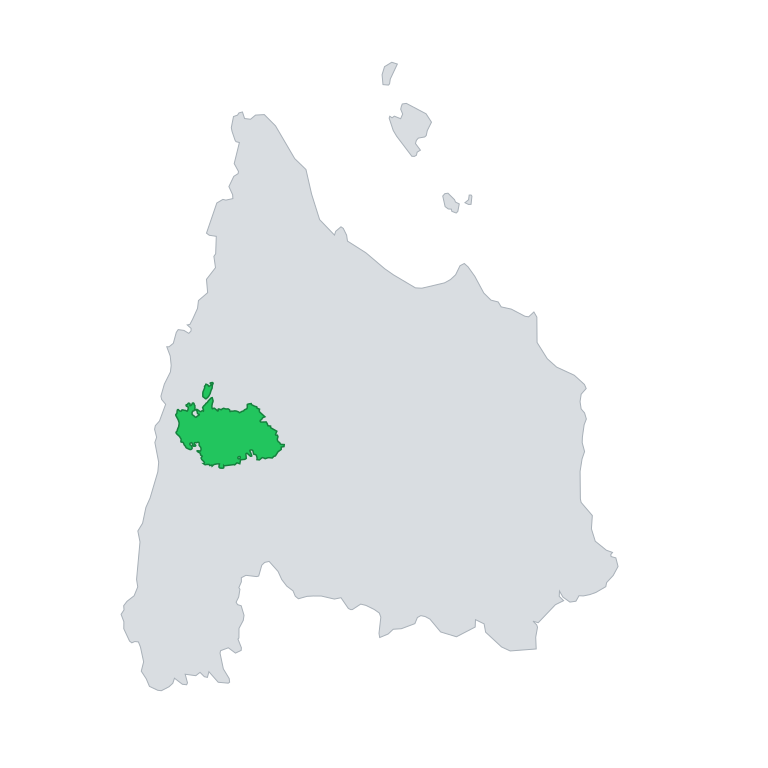 Spain, with Burgos highlighted, rotated 274°
{"feature_id": "ESP-5810", "entity_name": "Burgos", "entity_type": "Autonomous Community", "adm_level": 1, "iso_a3": "ESP", "parent_name": "Spain", "parent_adm1": "", "projection": "orthographic", "projection_center": [-3.389, 42.329], "detail": "fine", "context": "in_parent", "style": "filled", "palette": "green", "viewbox_px": 768, "rotation_deg": 274, "n_neighbors": 0, "source": "natural_earth", "source_scale": "10m", "svg_char_len": 9804}
<svg xmlns="http://www.w3.org/2000/svg" viewBox="0 0 768 768"><g transform="rotate(274 384 384)"><path d="M406.0,164.7L406.1,166.9L409.9,171.0L421.0,173.2L423.9,174.9L423.5,180.7L420.9,185.7L423.4,187.8L426.0,187.7L429.2,183.6L429.9,186.2L435.1,188.5L446.4,192.7L454.3,193.1L462.8,201.7L476.0,199.6L488.3,207.8L499.5,205.4L502.1,207.0L519.6,206.4L520.2,199.3L522.1,196.4L552.9,204.6L556.9,210.4L556.4,213.4L558.4,220.3L562.3,219.8L570.1,215.5L580.7,219.7L583.7,223.8L585.9,224.0L593.4,219.2L614.8,222.9L615.4,219.5L616.8,218.4L625.4,214.8L629.0,213.8L640.3,215.2L642.0,219.1L644.3,220.4L645.5,223.8L639.1,226.4L638.8,232.4L643.3,237.1L644.4,245.8L633.9,257.8L602.6,279.2L592.5,291.2L568.4,298.5L543.5,308.3L529.1,324.2L533.0,325.2L537.8,330.1L536.4,332.5L529.9,336.3L524.0,337.6L513.6,356.8L499.0,376.7L493.6,385.7L482.1,408.6L482.2,415.1L489.1,437.3L492.8,443.0L497.9,447.8L507.3,451.6L509.8,455.7L506.7,459.7L497.7,467.1L481.7,477.2L475.1,484.9L473.8,492.2L469.1,495.5L467.6,505.7L461.4,519.9L461.1,523.6L466.3,528.5L461.4,531.8L436.1,533.8L420.6,545.1L412.9,555.0L406.0,573.2L397.5,584.0L393.6,586.0L387.6,581.4L380.1,580.8L372.9,582.4L369.1,586.1L363.2,588.3L357.4,586.5L344.9,585.6L339.3,585.8L330.6,588.8L323.1,586.8L310.5,585.7L283.1,587.9L279.6,588.9L267.3,601.0L254.0,601.0L241.9,605.7L233.7,617.4L231.9,623.7L229.6,622.1L227.7,622.6L226.7,627.4L218.3,630.2L209.0,626.0L201.4,619.9L197.3,619.4L190.9,610.0L188.3,604.1L186.5,597.7L186.4,593.3L180.7,590.6L179.4,584.7L183.9,577.4L189.7,573.5L184.4,573.6L180.4,578.3L175.8,570.4L156.6,554.5L157.8,549.2L154.4,553.1L152.1,554.1L142.0,553.0L130.3,554.3L126.5,528.5L129.9,519.6L143.5,502.7L151.7,500.6L155.3,491.7L147.9,491.9L136.9,473.9L140.6,457.8L152.7,446.2L154.9,441.3L155.5,436.9L153.4,433.6L147.1,431.5L141.1,418.4L140.0,410.3L134.9,405.6L130.8,397.4L134.9,396.4L151.2,397.1L155.2,395.3L158.4,390.0L161.9,381.4L162.8,376.1L156.8,368.2L156.6,366.6L157.6,364.1L167.8,356.0L166.0,349.5L168.1,336.3L167.6,328.4L166.8,322.0L163.8,313.6L166.1,310.3L171.3,307.7L175.6,301.1L181.7,295.7L189.6,291.4L199.0,281.8L197.7,277.4L194.7,274.7L183.7,272.4L183.0,270.4L183.5,259.6L180.8,255.2L176.7,255.5L170.7,253.4L169.2,254.6L161.4,253.9L156.0,251.7L153.7,253.3L152.8,257.0L143.5,260.5L138.4,260.1L130.1,256.4L120.5,257.0L119.4,256.1L111.0,260.1L108.3,260.1L105.2,254.6L110.0,247.1L106.6,239.6L104.1,239.2L88.6,243.6L79.4,250.1L75.8,250.8L74.7,249.5L74.9,239.4L84.8,229.4L79.0,228.3L79.5,225.2L83.5,220.6L79.9,216.6L80.6,205.9L72.2,208.8L70.2,208.1L70.4,203.8L75.9,195.5L70.7,194.2L67.0,190.7L62.5,183.3L62.7,179.6L66.0,171.1L73.3,167.4L80.6,161.9L90.1,163.6L104.6,159.4L109.6,157.0L109.7,153.3L108.2,150.5L109.8,148.1L121.7,141.5L128.7,141.1L135.9,137.8L140.5,140.4L144.7,139.8L149.3,142.8L155.3,149.5L164.4,152.5L171.8,150.8L209.4,151.6L220.2,148.7L228.3,152.9L244.3,155.1L253.9,158.6L280.6,164.5L290.2,164.7L309.7,159.5L315.0,160.9L322.8,158.3L326.5,158.8L331.4,162.6L348.5,167.6L353.0,163.3L356.3,162.3L368.6,164.9L381.1,170.1L387.6,170.4L397.0,168.8L406.0,164.7ZM649.8,382.1L654.6,383.8L659.3,381.5L661.9,381.9L664.6,382.7L665.5,386.7L656.5,407.1L648.5,413.1L639.8,409.5L634.8,408.8L633.3,407.4L631.7,401.1L629.3,399.3L626.1,398.6L619.8,404.0L617.6,400.9L614.5,400.4L613.2,398.5L613.1,395.9L632.1,379.3L637.6,375.5L649.6,370.6L651.5,371.1L650.1,373.5L651.9,375.6L649.8,382.1ZM705.5,369.3L704.1,375.0L688.7,369.0L683.8,368.6L682.5,367.6L682.6,362.1L692.4,360.5L700.6,362.4L705.5,369.3ZM570.5,442.6L568.9,446.5L561.3,445.6L559.6,444.1L561.0,439.6L563.1,439.0L563.1,435.9L565.2,432.6L575.6,429.5L578.1,431.4L578.8,434.5L572.8,441.5L570.5,442.6ZM578.6,457.7L577.5,458.6L569.3,458.3L569.0,455.8L570.5,452.1L573.7,455.5L578.4,455.8L578.6,457.7Z" fill="#d9dde1" stroke="#a8b0b8" stroke-width="1"/><path d="M358.4,213.6L355.2,214.7L353.9,214.5L353.2,214.2L350.1,213.8L348.2,214.1L347.5,214.4L347.3,214.8L347.8,215.6L348.0,216.0L348.0,216.5L347.7,217.0L347.1,217.7L346.9,218.1L345.5,219.7L345.5,220.2L345.7,220.4L346.1,220.5L346.4,220.3L346.8,220.2L347.2,220.3L347.5,220.5L347.6,220.9L347.5,221.4L347.4,222.0L347.1,222.8L347.0,223.3L347.1,223.7L347.8,224.2L348.1,224.6L348.2,225.0L348.4,225.4L348.6,225.8L348.5,226.2L348.1,227.5L348.1,228.9L348.2,229.4L348.3,229.8L348.3,230.3L347.5,231.7L347.2,231.9L346.3,232.1L345.8,232.3L345.8,232.7L346.0,233.0L346.2,233.4L346.3,233.8L346.3,234.9L346.5,235.9L346.7,236.4L346.8,237.3L346.7,238.6L346.1,240.6L345.8,241.2L345.3,241.7L345.3,242.0L346.9,244.4L347.0,244.9L347.3,245.7L347.6,246.0L348.4,246.5L348.9,247.2L349.1,247.7L349.3,248.1L349.7,248.8L350.5,249.2L351.1,249.2L351.4,249.2L352.1,249.2L352.8,249.1L353.3,249.0L353.7,249.0L354.1,249.1L354.3,249.5L354.5,249.9L354.6,250.4L354.8,250.8L355.2,252.9L354.2,253.2L352.7,256.8L352.5,258.2L352.2,258.8L351.9,258.9L351.4,258.8L351.1,259.0L350.9,259.4L350.2,261.6L348.9,261.4L347.5,261.8L343.0,267.5L341.9,265.4L341.5,265.1L340.3,264.5L340.0,264.3L339.8,264.0L339.1,263.1L338.2,263.0L337.5,263.6L337.5,264.9L337.9,268.9L337.9,269.2L337.7,269.3L335.9,270.5L334.3,271.1L334.1,273.8L332.5,274.0L329.4,280.4L326.1,279.3L325.7,279.4L325.5,279.7L325.4,280.1L325.5,281.2L324.0,281.9L321.6,281.4L320.5,281.6L319.3,282.3L319.0,282.6L318.4,283.8L318.1,284.1L317.0,284.7L316.7,285.2L316.6,285.7L316.6,288.7L314.6,288.6L313.9,285.9L311.5,286.0L309.0,283.0L304.7,280.7L304.1,279.1L302.4,277.7L302.5,274.3L302.3,273.2L301.2,270.7L301.9,269.0L302.1,267.6L299.6,265.0L299.7,262.5L301.4,262.6L304.0,261.6L304.3,261.3L304.6,260.8L304.7,260.3L304.8,259.1L305.1,258.8L308.0,258.0L308.6,257.5L309.0,256.7L309.0,256.0L308.8,255.4L308.5,254.9L308.0,254.8L303.7,257.0L302.8,257.0L302.6,255.8L305.3,252.4L305.3,251.8L305.0,251.3L304.5,251.1L300.2,251.8L300.0,251.6L299.1,250.4L298.4,246.2L294.4,245.7L295.1,242.8L292.9,240.7L293.1,239.7L291.2,230.0L291.4,229.8L289.3,230.0L288.9,229.5L288.7,228.5L288.7,226.4L289.0,225.8L289.4,225.3L290.0,225.1L292.8,225.4L292.7,223.1L291.9,220.3L291.3,219.4L290.4,218.4L290.3,218.5L290.0,218.2L291.1,217.8L290.5,215.9L291.5,215.2L291.4,212.9L291.0,211.4L291.1,210.8L291.9,209.6L291.9,209.8L292.3,210.1L292.9,210.4L294.1,209.6L295.7,207.7L296.9,206.9L297.5,206.7L298.1,207.0L298.9,207.6L299.1,207.7L299.5,207.5L299.8,207.1L300.3,206.0L302.1,205.6L303.5,202.7L303.8,202.4L304.2,202.2L304.3,202.4L304.4,202.7L304.4,204.6L304.3,205.6L305.9,206.1L306.7,206.0L307.6,205.7L308.2,205.4L309.8,203.9L310.6,203.8L312.2,203.8L312.6,203.5L312.9,203.1L312.9,202.7L312.9,202.3L312.8,201.9L312.4,201.3L312.3,200.8L312.4,200.1L312.4,199.6L312.2,199.2L311.8,199.0L311.3,198.9L310.8,199.2L310.4,199.6L310.0,200.2L309.7,200.5L309.3,200.5L308.9,200.2L308.8,199.8L308.8,199.4L308.6,198.7L308.7,198.3L309.0,198.1L309.0,197.8L309.1,197.5L310.4,197.4L311.8,196.5L312.1,196.1L312.0,195.7L311.4,194.8L311.1,194.5L310.7,194.4L309.9,194.6L309.7,195.0L309.3,195.8L308.9,196.1L307.7,196.8L306.9,197.1L306.4,197.1L306.0,196.9L305.6,196.6L305.3,196.2L305.1,195.7L305.1,195.3L305.1,194.8L306.2,191.9L306.7,191.0L307.0,190.8L307.4,190.6L308.3,190.0L309.2,189.0L310.0,188.6L310.7,188.3L311.2,188.1L311.7,187.5L311.9,186.9L311.9,185.7L312.2,185.5L312.6,185.4L313.1,185.4L314.4,185.5L314.8,185.4L315.3,185.2L316.0,184.6L316.8,184.1L317.4,183.7L318.0,182.9L319.2,181.4L320.1,180.4L320.8,180.0L321.3,179.9L321.7,180.1L322.4,180.7L322.8,180.9L324.1,181.1L325.4,181.5L326.7,182.0L327.6,182.2L328.4,182.2L329.8,182.4L331.1,182.3L333.9,181.2L337.8,178.7L338.3,178.5L338.7,178.4L339.0,178.5L339.3,178.6L340.0,179.3L341.1,179.5L342.6,179.5L343.7,179.7L343.9,179.8L344.1,180.1L344.1,180.7L343.3,181.3L343.0,181.8L342.7,182.8L342.8,183.4L343.0,183.8L343.9,184.1L344.1,184.5L344.1,185.3L343.8,186.4L343.8,187.9L343.5,188.6L343.2,189.0L343.1,189.4L343.3,189.7L343.7,189.9L345.1,190.3L346.4,190.4L346.8,190.4L347.3,190.2L348.1,188.4L349.0,188.0L349.4,188.1L349.6,188.4L349.6,189.1L350.0,189.5L350.8,189.8L351.2,190.2L351.3,190.5L351.2,191.1L351.0,191.5L350.7,191.8L349.5,192.0L348.9,191.9L348.9,192.5L349.5,193.3L350.1,193.7L351.5,194.2L351.7,194.6L351.8,195.0L351.7,195.3L351.5,195.6L351.3,195.8L350.7,196.0L350.3,196.0L349.7,196.5L349.4,196.8L349.0,196.9L348.0,196.9L347.2,197.1L346.8,197.1L345.0,196.8L344.6,196.6L344.2,196.4L343.9,196.1L343.7,195.3L343.4,195.0L343.0,194.8L342.0,194.5L340.3,194.7L339.9,195.1L339.6,195.5L339.4,195.9L338.9,196.7L338.2,197.4L338.0,197.9L337.8,198.3L337.7,198.7L337.9,199.1L338.6,199.7L340.0,201.5L340.3,201.8L340.7,201.9L340.9,201.8L341.0,201.4L341.0,201.1L341.3,200.3L341.7,200.0L342.0,199.8L342.5,199.7L343.4,199.7L343.7,199.5L344.1,199.1L344.7,198.2L345.1,198.1L345.4,198.3L345.6,198.7L345.5,199.5L345.2,200.1L344.7,200.9L344.2,201.6L343.9,202.2L343.7,202.7L343.7,203.1L343.9,203.6L344.2,203.9L344.5,204.2L344.8,204.7L344.6,205.2L344.4,205.7L345.0,205.7L345.2,205.8L346.4,205.4L347.8,204.7L349.3,205.5L350.6,206.7L351.5,207.4L352.2,207.7L353.4,209.2L354.6,209.7L357.7,212.2L358.2,212.8L358.4,213.6ZM300.6,245.8L301.3,245.6L301.5,245.5L301.6,245.2L301.5,244.4L301.2,243.8L300.7,243.4L300.1,243.3L299.7,243.4L299.5,243.6L299.3,243.9L299.2,244.2L299.2,244.5L299.3,245.1L299.5,245.4L299.7,245.5L300.6,245.8ZM362.2,203.9L363.5,204.0L364.0,204.1L364.7,204.4L367.5,205.3L368.1,205.3L368.6,205.3L369.0,205.1L369.3,205.2L369.5,205.3L369.7,205.6L370.0,205.9L370.4,206.1L370.8,206.2L371.3,206.2L371.4,206.4L371.3,206.9L371.2,207.2L371.1,207.5L370.7,208.4L370.5,208.6L370.3,208.8L369.7,209.0L369.4,209.4L369.4,209.7L369.5,209.9L370.2,210.7L370.7,211.4L371.0,211.6L371.3,211.6L371.6,211.5L371.9,211.3L372.3,210.8L372.5,210.6L372.9,210.6L373.0,210.8L373.1,211.1L373.2,211.5L373.4,212.1L373.5,212.9L373.4,213.1L372.9,213.4L372.3,213.5L372.1,213.3L372.0,213.1L371.4,212.9L367.8,212.8L365.5,211.9L362.3,211.2L359.4,209.9L358.2,208.9L357.0,207.8L356.8,207.2L356.9,206.8L357.6,206.0L358.5,204.5L358.8,204.2L359.3,204.1L362.2,203.9Z" fill="#22c55e" stroke="#15803d" stroke-width="1.5"/></g></svg>